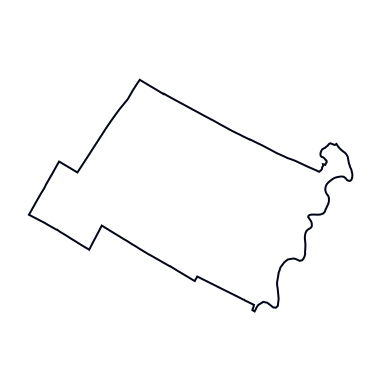 the district of Buesti, Ialomita, Romania, rotated 109°
{"feature_id": "2599482B7791464511961", "entity_name": "Buesti", "entity_type": "district", "adm_level": 2, "iso_a3": "ROU", "parent_name": "Romania", "parent_adm1": "Ialomita", "projection": "natural_earth1", "projection_center": [27.179, 44.521], "detail": "fine", "context": "isolated", "style": "outline", "palette": "ink", "viewbox_px": 384, "rotation_deg": 109, "n_neighbors": 0, "source": "geoboundaries", "source_scale": "gbopen_adm2", "svg_char_len": 3992}
<svg xmlns="http://www.w3.org/2000/svg" viewBox="0 0 384 384"><g transform="rotate(109 192 192)"><path d="M280.1,270.4L277.8,270.1L272.3,269.3L257.4,267.0L253.1,266.4L253.3,265.4L254.0,262.6L254.0,262.4L255.1,257.6L256.4,251.8L257.4,247.1L258.9,240.4L259.0,239.9L259.1,239.1L259.7,236.5L261.0,231.1L261.5,228.4L261.9,226.8L263.0,222.1L264.1,217.0L265.0,212.9L265.2,212.0L265.1,211.8L266.4,204.9L268.2,195.5L269.0,191.1L269.4,189.2L269.2,188.9L271.3,179.5L272.3,174.7L273.3,169.9L274.4,164.8L275.3,160.4L270.2,159.5L273.6,134.1L276.4,112.7L277.0,108.7L276.9,108.2L276.9,107.8L277.1,107.3L277.3,106.8L277.9,101.7L278.2,99.2L278.4,97.8L278.5,96.7L279.0,96.7L279.4,96.7L279.7,96.5L282.0,96.5L283.0,96.5L284.0,96.5L284.1,96.2L284.3,94.8L284.5,93.9L282.3,93.6L280.5,93.4L278.3,92.9L277.6,92.7L276.3,91.8L275.1,90.8L274.2,90.0L272.7,88.9L272.2,84.8L274.7,77.4L274.0,74.9L271.6,73.8L264.8,75.3L255.7,79.4L252.3,81.2L249.5,82.2L246.2,82.7L243.4,83.2L241.6,83.5L239.9,83.8L237.6,83.7L236.0,83.8L234.5,83.8L233.2,83.4L230.4,82.5L228.3,81.8L225.8,80.2L224.7,79.5L223.5,77.5L221.8,74.3L221.6,72.3L221.8,69.7L222.1,67.8L220.7,65.7L218.7,64.9L216.0,64.6L213.9,64.8L211.9,65.6L209.9,66.1L205.4,67.4L203.2,68.3L201.0,69.3L199.9,69.9L198.9,70.2L197.7,70.7L195.0,71.2L193.3,71.3L191.4,71.0L189.5,70.0L188.2,68.8L186.7,67.8L185.4,67.6L184.1,68.0L182.8,68.5L181.7,69.3L180.9,69.9L180.3,70.8L179.3,72.0L178.5,73.0L177.9,74.0L176.7,74.1L175.6,73.4L174.6,72.0L174.1,70.6L173.5,69.0L172.9,66.8L172.2,64.9L171.7,63.7L170.9,62.5L169.9,61.3L169.7,61.1L169.1,60.7L168.0,60.2L167.1,60.0L165.2,60.0L163.5,59.8L161.5,59.6L159.7,59.4L158.4,59.3L156.4,59.5L154.7,60.0L153.8,60.3L152.2,61.2L151.2,62.2L150.1,63.8L148.9,65.2L146.9,66.5L145.2,67.1L143.6,67.3L141.1,67.2L139.5,66.6L137.5,65.6L135.9,64.6L134.5,63.6L133.0,62.5L131.5,60.8L130.5,59.3L128.9,56.3L128.3,54.3L128.4,52.7L129.1,51.0L130.0,49.7L130.4,48.3L130.3,46.6L129.3,45.6L128.2,45.2L126.5,45.2L124.7,45.6L123.1,46.1L122.1,46.7L120.4,47.7L118.8,48.8L116.8,50.7L115.0,52.0L113.6,53.1L111.1,54.5L109.3,55.5L108.0,56.2L106.4,58.0L105.2,59.9L104.3,62.7L103.6,64.6L102.4,67.1L101.2,69.0L100.3,70.1L99.5,71.1L99.9,71.4L100.4,71.8L100.9,72.1L101.1,72.6L101.1,72.9L101.0,74.8L100.9,77.0L101.4,77.5L102.0,78.1L103.0,78.5L103.5,78.6L104.0,78.8L104.6,79.2L105.8,80.0L106.4,80.3L107.0,80.6L107.2,81.0L107.7,81.4L108.1,81.8L108.6,82.2L109.1,82.6L110.1,83.0L111.1,83.1L112.0,83.2L112.7,83.2L113.4,83.1L114.0,83.0L115.3,82.5L116.1,81.9L116.3,81.4L116.6,80.7L116.6,79.9L116.6,79.0L116.8,78.3L117.1,77.7L117.7,76.9L117.9,76.6L118.2,75.9L118.4,75.3L119.2,74.7L119.6,74.4L119.8,74.4L120.1,74.4L120.6,74.6L121.1,74.7L121.9,74.8L122.9,74.8L123.1,77.2L123.6,76.9L124.2,76.6L124.5,76.6L124.8,76.6L125.5,76.8L126.2,77.0L127.4,76.7L128.4,76.7L129.5,77.1L130.5,77.8L131.1,78.0L131.5,78.4L131.2,80.6L131.1,81.7L131.0,82.6L131.0,83.5L130.7,86.4L130.5,89.6L128.9,104.7L128.8,108.9L128.8,112.7L128.4,116.1L128.1,119.4L127.9,121.7L127.7,124.1L126.4,132.3L125.1,140.5L124.3,147.4L123.4,154.3L123.7,154.4L123.2,157.8L123.1,158.9L123.0,160.0L122.2,165.6L122.1,166.6L121.9,168.1L121.8,169.3L121.3,173.1L121.0,175.0L120.8,176.5L120.3,179.1L119.6,183.2L118.9,187.5L118.4,190.0L117.6,194.4L116.2,203.6L111.5,231.9L110.8,236.1L110.1,240.2L109.1,246.1L108.2,250.5L108.7,250.6L105.8,264.2L105.2,267.2L103.3,276.1L102.9,277.9L106.5,278.9L110.9,280.0L115.4,281.1L123.4,282.6L125.3,283.0L128.2,284.1L136.8,287.3L143.4,289.4L151.6,291.8L159.6,294.0L164.1,295.1L171.8,297.0L179.5,298.9L191.7,301.9L210.8,306.7L210.0,310.7L209.1,314.7L208.3,318.7L207.5,322.5L206.7,326.3L206.5,327.6L212.9,328.8L219.4,329.9L223.9,330.8L232.6,332.5L235.0,332.7L239.6,333.6L241.2,334.0L243.6,334.5L250.3,335.8L257.6,337.1L263.0,338.1L266.6,338.8L267.2,334.7L268.6,325.2L269.2,321.2L269.9,317.9L271.8,307.7L271.5,307.2L271.9,306.2L272.7,303.4L273.2,301.1L273.8,298.1L274.5,295.0L275.1,292.8L275.8,289.6L276.3,287.3L276.7,285.6L277.7,281.3L278.9,275.9L279.8,271.3L280.1,270.4Z" fill="none" stroke="#020617" stroke-width="2"/></g></svg>